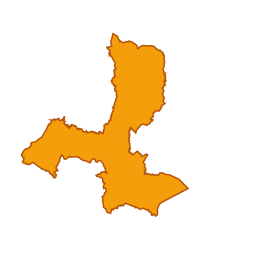 Hat Yai, Songkhla, Thailand, rotated 118°
{"feature_id": "78962969B23143470212652", "entity_name": "Hat Yai", "entity_type": "district", "adm_level": 2, "iso_a3": "THA", "parent_name": "Thailand", "parent_adm1": "Songkhla", "projection": "mercator", "projection_center": [100.414, 6.987], "detail": "fine", "context": "isolated", "style": "filled", "palette": "amber", "viewbox_px": 256, "rotation_deg": 118, "n_neighbors": 0, "source": "geoboundaries", "source_scale": "gbopen_adm2", "svg_char_len": 5972}
<svg xmlns="http://www.w3.org/2000/svg" viewBox="0 0 256 256"><g transform="rotate(118 128 128)"><path d="M89.0,106.8L87.9,109.6L85.6,110.2L85.3,109.8L84.8,109.9L82.1,113.1L80.6,113.7L78.6,113.7L77.2,115.3L77.0,116.3L75.8,116.0L75.4,116.4L74.9,116.0L74.0,116.4L72.9,115.3L71.8,115.6L71.0,117.3L69.4,118.0L69.5,117.4L68.9,117.2L69.1,116.7L68.6,116.6L67.7,117.8L67.1,117.9L67.0,118.5L66.6,118.2L65.2,119.1L64.1,120.7L63.9,120.1L63.5,120.9L62.1,120.7L62.5,121.7L62.2,122.7L61.4,122.8L59.8,124.6L58.9,125.0L57.7,124.9L53.1,126.4L50.3,128.2L49.5,129.2L47.7,129.5L47.1,130.0L47.0,131.1L46.0,131.3L45.0,132.8L44.9,134.6L44.2,136.2L45.1,137.1L45.1,138.1L43.7,144.3L44.5,145.2L44.5,146.2L45.9,148.3L48.2,153.8L51.1,155.7L53.1,156.1L53.0,157.3L51.7,157.9L50.6,160.1L50.3,165.3L50.9,168.2L52.0,168.5L52.6,170.3L54.9,171.9L54.9,175.0L55.7,175.4L54.5,176.3L54.4,177.4L53.4,179.1L52.7,179.5L51.8,181.0L52.1,182.4L51.6,183.8L51.7,185.5L60.1,183.5L62.0,182.2L62.7,181.1L65.0,182.0L65.4,182.9L66.3,183.6L66.4,184.4L66.9,184.4L67.7,183.0L68.1,180.0L69.6,179.9L69.9,179.5L70.4,179.8L70.9,179.1L71.3,179.6L71.7,179.0L71.3,178.4L72.9,178.4L72.3,176.7L77.1,169.2L79.3,169.3L81.4,166.5L82.2,167.1L82.6,166.9L83.1,167.5L84.3,167.3L84.7,166.3L86.0,165.9L86.9,164.8L87.8,164.8L88.7,163.6L89.8,164.5L90.3,164.2L90.4,164.6L92.4,165.0L93.4,164.4L94.2,164.8L95.5,163.4L95.3,163.3L95.8,162.2L96.6,161.3L96.3,160.8L97.1,160.2L96.9,159.5L97.3,159.8L98.1,158.1L98.7,157.9L99.6,158.3L100.5,157.8L100.8,157.0L101.4,156.7L101.0,156.3L101.3,155.1L104.4,153.8L105.1,152.4L106.4,152.6L109.4,151.8L112.5,151.5L114.2,150.7L117.4,151.1L117.2,149.7L125.2,148.7L125.1,148.1L127.1,148.2L129.1,147.0L129.8,148.1L134.2,147.6L134.5,149.6L135.6,149.6L136.9,150.4L139.8,148.5L141.6,148.6L143.5,147.4L144.3,147.3L144.9,148.5L144.3,149.1L144.7,150.2L144.4,151.3L145.2,151.8L146.3,150.9L147.0,150.9L147.2,152.7L147.7,153.4L147.1,153.7L147.2,154.8L147.6,154.6L147.9,155.1L148.0,156.1L147.5,156.8L148.0,157.6L147.8,157.9L148.4,158.8L148.8,158.6L148.8,159.3L150.5,160.5L150.5,161.6L151.0,161.3L151.3,161.8L150.2,163.3L151.2,163.3L151.9,164.8L151.8,166.1L152.2,166.5L151.0,167.6L150.9,167.9L151.6,168.0L150.8,168.2L151.0,168.9L150.7,169.2L151.6,169.8L151.5,170.6L152.0,170.7L151.5,171.0L151.6,171.7L152.6,172.0L152.4,172.9L151.1,174.3L151.5,175.5L151.0,175.4L150.9,176.5L151.5,179.1L152.4,179.9L153.2,178.9L154.0,180.0L154.5,179.7L154.7,180.2L154.9,179.7L155.8,179.9L155.6,180.7L155.1,180.4L155.2,180.9L154.7,180.8L154.8,181.3L154.2,181.2L153.8,181.8L154.3,181.8L153.8,182.1L153.9,182.6L154.6,182.7L154.8,183.4L154.1,183.7L154.5,184.0L154.0,184.1L154.0,184.6L154.5,184.7L154.1,186.5L152.6,187.0L151.7,186.6L151.9,188.0L151.6,188.5L150.6,188.7L150.4,188.4L150.0,188.9L148.4,188.9L148.0,189.3L148.5,189.8L150.6,189.5L151.6,190.3L152.3,190.2L153.4,191.9L153.2,192.6L152.2,192.9L152.2,193.7L153.8,194.9L154.2,195.8L155.2,196.0L154.6,196.5L154.9,197.5L156.2,197.9L157.2,199.9L157.3,198.6L161.8,198.8L161.9,199.8L167.2,199.4L176.7,199.9L180.3,201.8L183.4,202.9L186.1,206.2L187.4,206.5L189.0,205.2L190.7,205.9L191.8,205.8L194.9,208.8L197.2,209.4L201.7,209.4L202.5,208.8L202.3,208.3L203.4,206.8L203.3,205.5L207.5,205.3L208.0,203.8L207.5,202.8L207.7,201.8L207.0,201.1L207.5,200.4L207.3,199.3L206.4,197.8L203.0,196.0L204.6,184.3L204.1,182.7L204.1,180.7L204.6,180.0L203.5,178.7L203.4,177.4L205.0,175.6L204.6,174.3L205.5,172.7L205.2,171.6L206.4,171.1L206.5,169.6L205.8,168.8L202.9,169.3L202.1,172.1L201.6,172.5L200.5,171.5L199.5,171.2L198.7,170.0L197.9,170.6L197.8,172.0L196.2,173.1L192.9,172.7L191.7,173.2L190.7,172.8L189.0,172.9L188.4,173.5L185.8,173.9L183.8,173.7L182.9,174.1L183.3,171.8L185.2,170.1L184.9,168.3L180.6,166.3L180.9,165.2L179.9,164.3L178.5,161.2L177.5,160.3L177.4,158.5L176.8,157.5L177.6,155.6L177.4,153.7L177.8,152.2L176.9,150.8L176.5,145.1L173.5,145.2L171.2,144.1L171.2,142.2L172.1,141.6L173.0,140.3L172.6,139.1L170.8,138.8L170.0,137.8L169.9,136.1L171.4,132.8L173.2,131.5L173.6,130.1L176.5,127.5L177.4,125.7L178.0,127.2L177.8,127.9L178.1,128.8L180.1,131.2L181.6,130.6L182.4,131.6L182.7,132.9L184.0,132.9L184.8,133.8L185.3,132.7L184.7,131.7L184.8,129.9L184.2,127.6L184.9,126.4L187.5,124.9L187.4,124.4L188.1,123.4L187.8,122.4L190.3,122.6L192.6,121.4L192.8,121.1L192.0,120.5L192.1,118.9L194.2,117.5L196.4,118.1L199.1,117.5L200.5,118.5L201.3,118.4L201.8,117.1L204.4,116.2L206.2,114.4L209.5,112.4L210.0,109.4L211.8,107.5L212.3,106.0L211.3,104.1L211.4,103.3L207.4,104.3L207.3,102.7L206.0,102.7L205.0,101.6L204.2,101.5L204.1,99.7L201.0,99.9L200.2,97.9L199.2,98.0L199.0,95.6L197.0,95.7L195.5,94.6L194.5,84.8L194.8,84.4L194.1,84.4L194.0,78.8L192.2,77.8L191.5,75.5L191.7,72.7L190.5,71.4L192.0,70.2L191.7,67.5L193.3,66.9L193.8,66.1L193.7,65.3L192.4,65.2L191.8,64.7L192.9,62.5L190.8,61.3L186.1,63.7L183.8,64.3L181.1,64.5L178.4,63.7L153.3,46.6L149.3,58.8L149.9,69.5L151.3,72.9L151.4,76.2L151.9,77.6L153.2,79.0L155.2,78.7L156.3,81.7L157.6,82.7L157.2,84.8L158.7,85.6L158.5,87.6L159.6,88.7L159.1,90.3L160.3,90.5L161.2,91.9L160.5,92.3L157.9,92.2L157.4,93.6L156.4,92.8L155.4,93.3L154.2,95.3L152.1,96.2L151.4,98.3L150.1,98.6L149.0,98.1L147.2,98.5L142.6,98.0L142.3,98.5L142.5,99.5L143.8,100.5L145.1,101.0L146.3,102.6L145.0,104.5L145.2,105.6L144.0,108.7L149.5,111.4L148.5,113.4L149.3,114.5L148.6,115.4L148.6,116.0L147.7,115.7L147.8,116.2L146.8,116.5L146.7,116.9L146.1,117.0L145.6,116.8L145.7,116.3L144.9,116.3L143.7,117.7L141.0,119.1L139.9,120.6L138.4,120.8L138.5,121.1L136.7,122.6L136.1,122.4L136.0,122.8L135.3,122.4L133.5,123.3L133.6,123.8L132.8,123.6L132.1,124.0L131.0,126.0L130.2,125.8L130.0,125.4L129.3,125.5L129.2,125.0L128.1,125.1L128.6,125.5L128.0,125.5L127.9,126.0L126.3,125.9L128.8,118.8L127.5,119.0L126.8,119.7L118.9,117.8L117.3,116.3L116.9,112.6L116.2,112.6L113.7,110.8L111.7,110.9L111.0,110.6L110.9,110.0L109.7,110.4L109.0,109.2L109.4,112.4L105.9,111.1L104.3,112.3L102.5,112.7L101.4,111.7L100.5,111.9L99.7,111.3L98.2,108.3L93.8,108.1L93.0,108.7L91.4,108.2L89.0,106.8Z" fill="#f59e0b" stroke="#b45309" stroke-width="1.5"/></g></svg>